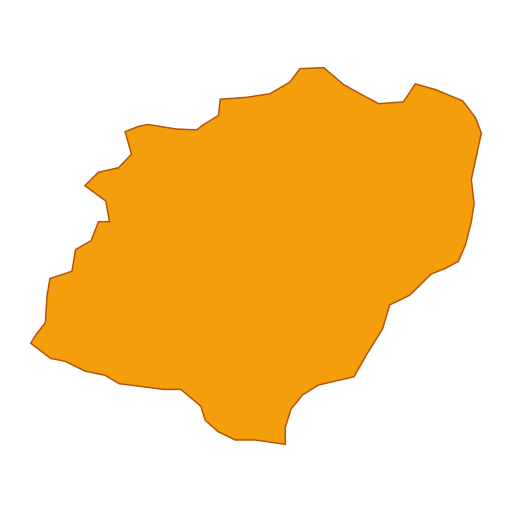 outline of Mora, Cyprus
{"feature_id": "46923920B52703620430879", "entity_name": "Mora", "entity_type": "district", "adm_level": 2, "iso_a3": "CYP", "parent_name": "Cyprus", "parent_adm1": "", "projection": "robinson", "projection_center": [33.534, 35.168], "detail": "fine", "context": "isolated", "style": "filled", "palette": "amber", "viewbox_px": 512, "rotation_deg": 0, "n_neighbors": 0, "source": "geoboundaries", "source_scale": "gbopen_adm2", "svg_char_len": 922}
<svg xmlns="http://www.w3.org/2000/svg" viewBox="0 0 512 512"><path d="M30.7,343.3L50.6,358.4L64.9,361.2L85.0,371.1L105.0,375.3L119.3,383.7L163.7,389.4L180.8,389.4L200.9,406.3L205.2,420.3L218.0,431.6L235.2,440.0L255.2,440.0L285.3,444.3L285.3,427.4L291.0,409.1L302.5,395.0L318.2,385.1L354.0,376.7L366.8,354.2L382.6,328.8L389.7,304.9L409.8,295.1L431.2,274.0L445.5,268.3L458.4,261.3L465.6,244.4L471.3,221.9L474.1,203.6L471.3,179.7L481.3,133.2L475.5,117.7L462.7,100.9L435.5,89.6L415.3,83.9L403.4,101.9L378.7,103.7L358.5,92.9L343.9,84.8L323.7,67.7L299.9,68.6L289.9,82.1L269.7,93.8L245.9,97.4L220.3,99.2L218.4,115.5L203.8,124.5L196.5,129.9L176.3,129.0L147.9,124.5L138.8,126.3L125.1,131.7L131.5,154.2L118.6,167.7L98.5,172.2L84.8,185.7L105.8,201.0L109.5,221.7L98.5,221.7L91.2,240.6L75.6,249.6L71.9,271.3L50.0,278.5L47.2,294.7L46.3,307.3L45.4,322.6L36.2,334.3L30.7,343.3Z" fill="#f59e0b" stroke="#b45309" stroke-width="1.5"/></svg>